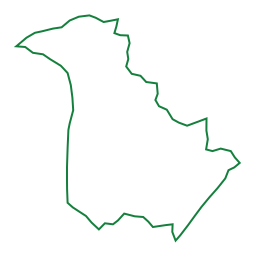 Lauro de Freitas, Bahia, Brazil (Albers equal-area conic projection)
{"feature_id": "56859067B96940053875939", "entity_name": "Lauro de Freitas", "entity_type": "district", "adm_level": 2, "iso_a3": "BRA", "parent_name": "Brazil", "parent_adm1": "Bahia", "projection": "albers", "projection_center": [-38.327, -12.86], "detail": "fine", "context": "isolated", "style": "outline", "palette": "green", "viewbox_px": 256, "rotation_deg": 0, "n_neighbors": 0, "source": "geoboundaries", "source_scale": "gbopen_adm2", "svg_char_len": 1092}
<svg xmlns="http://www.w3.org/2000/svg" viewBox="0 0 256 256"><path d="M117.9,19.3L111.4,20.6L103.6,22.0L95.8,17.8L89.4,15.4L78.8,16.7L69.7,20.5L61.6,27.3L52.9,28.6L42.0,31.3L34.9,32.8L26.5,37.7L16.3,46.3L25.2,47.0L32.9,52.8L43.0,54.3L50.1,59.2L60.9,65.8L67.6,73.0L70.8,85.1L72.4,97.6L73.2,110.2L69.7,123.4L68.4,129.9L68.0,139.2L67.6,148.0L67.0,167.1L67.0,181.0L67.1,189.7L67.6,202.8L72.8,207.4L78.6,211.2L86.0,216.0L91.5,222.5L98.9,229.4L104.9,223.3L113.0,224.3L117.9,220.5L124.2,213.6L134.7,216.3L143.2,217.0L148.3,221.6L152.9,227.0L165.8,225.1L172.6,224.3L172.3,231.9L175.6,240.6L180.1,235.5L188.1,225.1L195.0,215.6L201.4,207.0L209.5,197.2L217.5,188.2L225.3,178.4L228.5,170.2L234.3,167.4L239.7,162.9L234.8,157.4L230.8,151.1L220.7,148.6L212.5,151.1L206.1,149.4L207.8,139.2L206.4,130.6L206.5,118.5L196.6,122.2L187.1,125.7L178.8,122.6L172.6,119.2L166.8,109.7L159.0,106.2L155.4,100.0L157.7,93.8L156.8,83.4L146.2,82.0L140.5,75.8L131.7,73.8L126.2,66.5L128.3,59.0L127.2,51.9L129.6,43.2L127.9,35.5L120.2,35.2L114.4,33.1L116.4,26.4L117.9,19.3Z" fill="none" stroke="#15803d" stroke-width="2"/></svg>